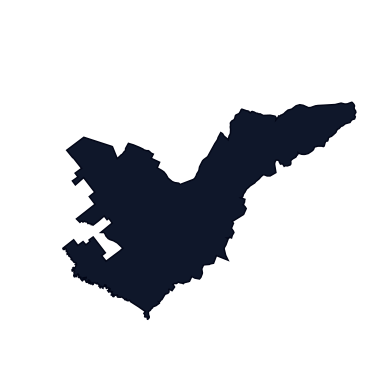 Beliu, Arad, Romania (Albers equal-area conic projection), rotated 18°
{"feature_id": "2599482B53045213319316", "entity_name": "Beliu", "entity_type": "district", "adm_level": 2, "iso_a3": "ROU", "parent_name": "Romania", "parent_adm1": "Arad", "projection": "albers", "projection_center": [21.977, 46.527], "detail": "fine", "context": "isolated", "style": "filled", "palette": "ink", "viewbox_px": 384, "rotation_deg": 18, "n_neighbors": 0, "source": "geoboundaries", "source_scale": "gbopen_adm2", "svg_char_len": 6059}
<svg xmlns="http://www.w3.org/2000/svg" viewBox="0 0 384 384"><g transform="rotate(18 192 192)"><path d="M190.1,324.8L189.9,323.9L188.4,321.8L187.5,319.2L188.9,317.4L189.3,315.8L190.2,314.4L190.2,313.4L192.9,311.2L195.3,307.9L194.2,306.8L195.1,306.8L196.1,304.0L196.6,303.6L198.0,297.5L198.2,297.0L198.5,297.2L200.3,295.8L200.9,294.7L200.8,293.5L200.0,292.0L200.2,291.5L203.5,292.0L204.8,287.7L202.4,285.8L203.0,285.2L203.3,284.5L205.6,283.8L206.8,281.9L208.8,282.1L211.0,281.7L212.0,281.9L212.3,281.6L212.3,280.8L216.3,278.4L216.2,278.1L217.2,277.7L217.9,272.4L221.3,273.0L226.0,272.4L226.8,270.4L227.0,266.4L226.8,265.5L225.2,262.4L225.1,261.3L225.5,258.1L226.3,257.4L230.9,255.5L231.8,254.6L234.5,253.1L234.9,244.9L247.4,245.7L243.6,241.8L240.1,236.1L240.0,234.7L240.6,232.0L240.9,225.1L239.8,224.9L241.5,224.3L241.6,223.4L243.8,223.5L243.7,220.7L244.4,217.7L243.6,216.6L240.7,214.3L241.1,208.9L239.3,207.7L248.0,197.4L248.7,191.0L247.0,189.6L244.5,188.3L245.0,187.3L244.8,186.0L245.1,185.3L244.6,183.8L244.7,183.2L244.6,182.6L240.0,182.5L241.2,181.5L241.7,180.7L241.6,178.4L241.9,177.0L242.4,175.7L242.5,174.7L243.1,172.1L244.2,170.5L245.3,168.3L248.8,164.0L249.4,162.4L251.8,158.7L252.7,156.5L254.2,153.8L255.5,153.3L258.4,153.5L261.3,152.6L265.8,147.6L262.0,140.2L261.7,138.9L261.7,137.3L262.2,135.5L263.8,135.2L265.1,135.4L266.0,136.7L267.5,138.1L269.5,137.2L271.7,139.1L272.3,138.3L274.8,137.6L277.1,135.8L277.3,134.8L277.0,133.6L276.5,132.8L276.4,131.2L277.5,129.4L279.8,126.9L280.2,126.0L280.1,125.4L281.0,123.7L280.7,121.9L281.1,122.2L284.7,122.2L287.0,121.6L288.1,121.1L290.6,119.5L293.4,116.0L294.4,114.2L294.6,111.4L297.5,109.5L301.2,108.3L302.9,108.2L303.5,107.4L303.3,104.0L303.6,102.6L304.1,102.0L305.0,101.7L305.3,101.3L305.1,98.3L305.4,97.6L307.6,95.8L308.1,94.7L309.0,93.6L309.3,92.6L310.0,91.7L310.5,90.4L310.5,88.8L311.4,86.9L312.2,86.3L313.5,83.4L314.8,82.6L316.7,79.7L320.8,77.0L321.3,74.9L322.1,73.6L324.0,72.3L324.1,70.0L322.8,68.8L322.9,66.8L323.3,65.9L322.6,64.4L320.9,63.1L320.1,61.8L320.0,59.9L319.0,58.7L316.7,57.3L316.0,57.4L312.5,60.2L310.2,61.1L306.3,61.4L301.1,64.6L284.9,70.9L282.7,72.0L278.9,74.9L276.8,75.8L270.9,75.2L267.5,75.7L264.4,77.8L261.2,82.4L258.0,84.4L256.2,87.2L255.2,89.2L253.5,91.0L252.6,91.6L252.3,92.5L250.9,92.9L250.8,94.4L249.5,97.6L249.3,96.2L249.0,95.3L247.8,94.3L246.9,94.3L242.6,94.8L236.1,97.2L232.6,96.6L231.1,97.3L230.4,96.9L228.3,97.2L226.8,96.8L224.4,96.8L223.5,97.4L223.4,98.4L223.0,98.8L221.8,98.5L221.3,97.8L220.0,97.6L219.1,97.9L213.8,97.8L213.3,98.6L213.2,100.3L212.5,102.9L210.1,105.1L209.7,106.0L209.9,108.5L209.7,110.2L207.9,112.2L207.2,114.1L207.3,115.0L208.0,116.4L208.3,118.3L209.4,120.6L210.4,124.3L210.3,125.9L210.0,127.0L210.2,131.2L209.3,130.6L205.1,128.9L203.0,127.1L201.0,126.6L200.0,132.2L200.1,133.2L199.9,135.0L198.8,138.9L196.0,153.6L193.1,157.7L192.4,159.3L191.4,165.8L191.9,169.2L191.7,170.6L191.0,173.4L191.0,175.4L190.3,178.4L189.2,179.8L178.3,188.6L176.7,187.7L172.7,188.4L169.9,188.2L164.9,186.2L162.0,183.5L159.1,181.6L156.1,180.7L151.4,179.8L152.0,173.7L142.8,172.6L143.5,167.9L141.4,167.7L138.6,166.4L137.6,166.2L136.2,166.7L133.5,166.8L132.0,166.3L128.3,165.8L121.8,165.3L116.5,165.4L115.4,171.1L115.9,173.1L115.6,174.0L115.2,174.2L114.0,177.8L113.3,178.4L110.6,183.4L102.4,173.6L101.8,173.4L72.2,173.4L59.9,191.0L67.8,196.1L68.0,195.8L79.7,203.6L75.0,210.2L78.9,212.9L74.8,218.4L78.9,221.3L84.5,211.8L99.6,222.2L95.7,228.1L103.6,233.6L90.4,253.3L94.8,255.5L95.6,254.1L96.8,253.7L97.6,254.3L98.7,252.9L99.7,253.3L101.4,252.9L102.8,254.1L103.3,253.7L104.5,253.8L105.5,253.4L105.9,253.5L106.2,254.2L106.6,254.1L106.9,253.6L108.1,254.1L111.8,248.7L115.9,241.9L119.8,244.6L121.1,242.7L125.7,246.2L117.7,258.7L119.2,258.3L119.9,257.9L121.0,257.8L122.4,258.9L123.7,260.4L126.7,262.2L128.7,262.6L132.3,262.6L136.7,263.5L143.6,266.8L141.6,270.4L131.7,284.4L125.8,280.5L128.4,276.6L111.9,265.3L108.9,269.4L110.3,270.6L107.4,275.0L103.7,272.8L100.0,278.1L94.2,274.0L86.6,285.4L86.7,285.7L87.4,286.4L88.5,286.0L88.6,284.3L89.7,284.7L90.9,287.4L92.0,286.9L92.3,288.4L92.3,289.5L92.6,289.9L93.9,289.0L94.6,289.2L94.4,290.4L94.6,290.9L96.2,291.3L98.0,292.3L97.7,293.2L98.4,293.7L99.3,293.7L101.3,295.2L103.9,295.2L104.6,296.7L102.7,296.9L104.6,297.5L104.3,299.3L104.4,300.3L102.4,300.5L102.1,301.2L103.5,301.7L101.9,303.2L102.6,304.2L104.0,303.3L104.8,303.6L104.6,305.0L105.3,306.1L105.3,307.8L105.5,308.3L106.3,309.0L106.7,308.9L106.5,307.5L106.8,307.2L108.1,308.2L108.6,308.0L108.3,305.8L108.6,305.3L109.0,305.2L109.9,305.7L109.9,306.3L110.5,307.0L110.5,308.1L111.0,308.3L111.9,307.6L112.6,307.5L112.6,308.5L113.0,309.0L114.9,310.3L115.3,310.3L115.9,308.6L114.8,307.7L114.9,307.3L117.8,305.9L118.0,306.4L116.9,307.2L116.7,308.3L118.1,309.1L119.4,310.5L120.2,310.3L120.4,308.4L120.9,307.8L121.9,307.8L122.2,308.1L122.1,308.5L121.7,308.9L121.6,309.7L121.7,310.3L122.4,310.8L122.8,310.5L122.7,309.2L123.1,308.9L123.4,309.0L123.4,310.2L123.9,310.7L124.7,310.6L125.1,309.5L125.6,309.2L125.8,309.4L125.6,310.2L126.3,310.7L126.6,310.4L126.7,309.2L127.6,308.1L129.4,308.8L130.2,307.8L130.9,308.6L132.5,308.7L132.5,310.2L133.8,310.0L133.8,311.1L134.2,311.4L134.5,310.3L135.1,309.8L136.3,310.9L137.0,311.0L136.6,309.8L137.5,309.3L137.7,307.2L138.8,307.0L139.2,307.6L138.3,308.2L138.3,308.5L139.9,309.0L140.0,309.8L140.4,310.1L140.7,310.0L140.8,309.2L141.5,309.3L141.8,308.8L143.9,309.3L144.0,310.2L143.8,310.3L142.9,310.0L143.1,311.5L142.4,311.8L143.7,312.9L144.0,312.8L144.4,311.7L147.1,311.5L147.1,311.9L146.3,312.3L146.2,312.7L147.3,312.9L147.9,313.4L147.0,314.4L147.0,314.9L148.0,314.9L149.1,315.8L149.9,315.7L150.1,315.2L148.9,314.6L148.6,313.7L151.2,313.9L152.8,312.9L153.2,313.1L152.9,313.8L153.2,314.6L153.9,314.9L156.5,314.2L157.4,313.5L160.2,314.3L161.5,315.2L162.1,315.1L161.9,314.4L162.4,314.0L162.7,314.1L163.6,315.3L164.9,315.2L165.7,314.2L166.8,314.6L167.3,315.2L176.5,317.6L184.6,320.1L183.7,322.3L185.0,323.3L185.4,324.0L185.4,325.0L185.9,325.4L187.5,324.8L188.0,325.0L188.9,326.7L189.3,326.7L190.1,324.8Z" fill="#0f172a" stroke="#020617" stroke-width="1.5"/></g></svg>